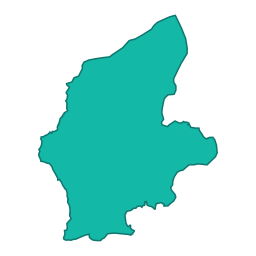 the district of Kakata, Margibi, Liberia
{"feature_id": "62588387B63407074353739", "entity_name": "Kakata", "entity_type": "district", "adm_level": 2, "iso_a3": "LBR", "parent_name": "Liberia", "parent_adm1": "Margibi", "projection": "natural_earth1", "projection_center": [-10.265, 6.691], "detail": "fine", "context": "isolated", "style": "filled", "palette": "teal", "viewbox_px": 256, "rotation_deg": 0, "n_neighbors": 0, "source": "geoboundaries", "source_scale": "gbopen_adm2", "svg_char_len": 5468}
<svg xmlns="http://www.w3.org/2000/svg" viewBox="0 0 256 256"><path d="M167.9,205.9L170.8,203.2L173.7,201.0L175.8,197.1L175.5,196.0L175.1,194.6L171.8,190.5L171.4,190.0L170.7,187.4L172.5,185.1L172.8,181.3L174.0,177.4L174.2,177.1L174.6,176.3L177.1,172.4L179.8,170.8L183.0,170.1L185.7,167.7L189.1,164.8L194.0,164.8L197.5,164.0L199.2,164.0L201.5,164.2L202.5,164.3L206.4,164.8L207.1,164.8L208.1,163.9L210.1,161.9L215.5,156.7L215.7,156.2L216.0,155.5L217.2,152.8L216.4,144.9L214.7,139.7L213.2,137.8L212.9,137.3L212.0,137.4L211.8,137.4L211.3,137.4L210.0,137.4L209.4,137.4L209.1,137.6L207.6,138.2L207.3,138.3L207.4,138.6L207.1,138.6L206.7,138.5L206.3,138.6L206.1,138.6L205.7,138.7L203.7,137.0L202.7,135.5L202.7,135.4L202.4,134.8L202.2,134.3L201.8,134.0L201.6,133.9L200.8,132.5L200.4,131.8L200.1,131.5L199.9,131.2L199.1,129.4L199.0,128.5L198.9,128.1L198.2,128.1L196.8,128.1L195.9,128.1L195.7,128.1L195.2,128.1L190.7,127.3L189.7,125.1L188.1,124.7L189.2,124.0L188.9,123.2L187.0,122.2L186.5,122.1L186.0,122.3L185.3,122.3L183.5,121.5L182.9,122.0L181.5,122.9L180.9,122.9L180.7,122.9L179.8,123.2L179.0,122.9L177.8,122.3L175.4,121.2L175.0,121.0L170.6,123.9L169.9,124.4L168.6,125.3L167.5,126.6L164.9,125.8L162.1,124.8L162.0,124.4L161.5,123.2L161.7,122.4L161.8,122.0L162.0,121.4L163.6,119.3L162.8,116.3L162.6,115.8L162.1,114.0L161.8,112.8L161.9,112.0L162.0,111.3L162.0,110.2L162.2,108.5L162.2,108.3L162.3,108.0L162.3,107.9L162.5,107.0L163.4,102.5L163.6,101.5L164.0,99.6L165.3,97.5L165.3,97.4L167.5,95.4L168.2,94.8L174.1,94.3L175.9,90.2L175.9,88.1L175.9,85.8L173.7,82.1L173.7,78.6L177.8,70.1L178.2,69.1L178.8,68.1L179.0,67.7L181.2,63.2L183.0,60.3L187.1,53.5L187.1,51.1L187.2,48.3L185.7,38.8L181.5,28.2L180.3,25.7L179.8,24.6L175.3,15.4L174.7,15.5L169.6,16.9L167.1,18.0L166.2,18.4L162.6,20.0L157.4,22.4L155.1,24.5L153.9,25.6L151.4,29.3L149.4,30.5L141.5,35.5L136.4,38.3L135.2,39.0L132.4,39.7L129.2,40.6L123.8,46.5L122.9,47.6L113.1,54.2L112.3,54.7L112.1,54.9L109.7,56.8L106.1,57.3L104.0,57.5L95.4,58.8L91.1,59.6L88.7,60.1L86.2,61.2L84.2,62.0L82.6,64.7L82.2,65.3L82.3,68.3L82.3,68.8L82.1,69.2L78.6,76.1L76.2,77.0L75.9,77.1L74.0,77.8L71.9,82.0L66.6,83.6L66.6,84.6L68.2,86.2L68.4,86.4L69.2,87.0L69.4,87.2L68.3,89.3L66.5,91.8L66.2,93.0L66.4,93.3L66.8,93.8L67.5,94.8L67.6,95.0L67.0,99.2L65.8,100.8L65.7,100.9L66.0,101.2L66.5,102.2L66.9,102.9L66.9,103.1L66.9,103.9L66.9,104.7L66.8,105.6L66.8,105.8L66.8,107.5L66.7,108.4L66.8,108.5L67.6,110.6L66.4,111.6L66.0,111.9L65.7,112.0L64.5,112.6L64.3,112.8L64.0,113.5L64.1,114.0L63.3,114.3L63.1,115.0L62.1,116.3L62.4,116.9L61.3,117.4L60.1,118.6L60.0,119.5L59.4,121.5L59.6,122.6L58.8,123.3L58.5,124.2L58.6,124.8L58.1,124.8L57.3,127.2L57.5,129.9L56.8,130.3L56.3,130.5L56.0,130.7L54.5,131.5L54.3,131.5L52.2,131.5L51.7,133.3L49.9,132.1L48.5,133.9L48.2,134.2L46.5,135.0L46.3,135.1L45.4,135.5L44.9,135.7L44.6,135.8L43.6,136.8L41.2,136.9L41.0,138.1L40.8,138.9L40.8,139.1L41.7,140.6L42.1,141.3L42.0,141.6L41.6,144.2L41.5,144.9L40.5,147.4L38.9,149.5L39.9,151.1L39.6,151.6L39.2,153.2L39.1,153.6L38.9,153.6L38.9,154.1L38.8,155.7L39.1,156.3L39.6,157.4L40.2,158.6L40.3,158.8L40.3,159.0L40.5,159.4L40.8,160.9L40.9,161.3L41.5,161.4L43.5,161.8L44.0,161.8L45.7,162.6L46.6,163.0L47.1,163.1L49.5,163.6L50.1,164.5L50.4,164.8L51.0,165.5L51.9,166.6L52.0,166.9L52.5,168.3L52.6,168.9L54.5,172.3L54.8,172.7L55.6,174.3L56.2,175.3L56.3,175.6L57.6,177.9L57.8,180.1L58.4,179.9L59.5,179.5L60.1,180.2L60.3,181.0L60.8,181.4L61.2,181.8L62.5,184.7L63.0,185.8L63.9,186.9L64.4,187.6L64.5,188.4L65.1,188.9L65.9,189.3L66.2,189.6L66.2,189.9L66.4,190.5L66.8,191.7L67.2,193.4L67.2,193.5L67.1,196.1L67.4,197.4L67.8,198.0L68.3,198.9L67.8,199.2L67.8,200.4L67.7,202.0L67.8,202.2L67.8,202.5L68.0,202.9L69.3,205.3L69.8,207.9L70.0,209.1L70.0,209.7L70.0,211.1L70.2,212.4L69.9,212.5L69.8,213.1L70.1,213.3L69.9,214.3L69.8,214.5L69.7,215.1L69.8,216.1L70.1,216.7L70.9,218.1L71.2,218.6L70.7,219.2L69.3,220.7L68.9,221.1L66.9,223.5L67.3,227.5L66.9,229.5L66.7,230.0L66.3,230.1L65.7,230.2L65.2,230.4L64.5,230.5L65.0,234.1L63.6,237.8L63.7,238.9L65.6,240.1L68.6,240.0L71.2,240.2L73.0,239.5L75.1,239.2L76.0,239.1L78.8,237.8L85.0,235.2L86.8,234.8L89.0,234.2L89.5,237.4L90.6,238.6L91.0,238.8L93.1,240.1L94.6,240.3L97.4,240.6L100.6,240.6L102.1,238.9L103.9,238.2L106.0,235.8L106.8,234.8L107.5,233.8L112.7,233.2L114.1,233.1L119.9,233.6L125.0,234.1L128.2,234.4L130.9,235.1L130.9,234.8L131.0,234.3L131.2,234.2L131.6,233.9L132.6,234.0L132.7,233.8L132.9,233.0L133.3,232.5L134.0,231.7L134.3,230.7L132.2,229.8L131.2,228.8L130.7,228.2L130.6,227.7L130.4,227.0L130.7,225.9L130.4,225.4L130.2,225.2L129.6,225.4L128.9,226.2L128.1,226.6L127.2,225.6L126.0,223.0L125.9,222.7L125.3,218.1L125.0,216.1L125.0,215.9L124.9,215.3L126.4,211.9L126.9,211.4L127.9,211.1L128.3,210.9L129.0,210.8L130.7,210.5L132.6,209.1L132.9,208.8L134.1,208.1L135.3,208.3L136.1,208.0L137.0,206.7L137.5,206.6L137.8,206.2L138.8,206.2L139.3,206.1L140.0,206.0L140.7,206.0L141.4,207.0L141.6,207.2L141.8,207.3L142.6,206.2L143.7,205.1L144.4,205.4L144.6,205.2L145.0,204.4L144.7,203.4L144.9,202.0L145.3,201.6L146.1,201.9L146.2,202.2L146.4,202.0L146.6,203.0L147.1,204.2L147.0,204.6L147.2,205.2L148.8,205.9L150.8,206.4L151.5,206.7L151.8,206.8L152.8,207.4L153.7,208.3L154.5,209.0L154.8,209.2L155.1,209.0L155.3,208.8L155.2,207.5L155.7,206.1L155.8,205.3L156.2,203.7L157.0,203.5L158.3,203.3L159.9,202.9L161.0,202.7L161.3,202.6L162.7,203.8L163.8,204.0L164.2,204.2L163.9,205.3L164.0,206.1L166.6,205.9L167.1,205.9L167.9,205.9Z" fill="#14b8a6" stroke="#0f766e" stroke-width="1.5"/></svg>